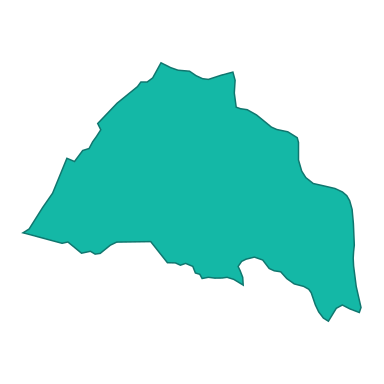 the district of Carnaúba dos Dantas, Rio Grande do Norte, Brazil
{"feature_id": "56859067B30276688890297", "entity_name": "Carnaúba dos Dantas", "entity_type": "district", "adm_level": 2, "iso_a3": "BRA", "parent_name": "Brazil", "parent_adm1": "Rio Grande do Norte", "projection": "natural_earth1", "projection_center": [-36.538, -6.554], "detail": "fine", "context": "isolated", "style": "filled", "palette": "teal", "viewbox_px": 384, "rotation_deg": 0, "n_neighbors": 0, "source": "geoboundaries", "source_scale": "gbopen_adm2", "svg_char_len": 1345}
<svg xmlns="http://www.w3.org/2000/svg" viewBox="0 0 384 384"><path d="M23.0,232.8L62.1,243.3L67.9,242.0L77.5,249.9L81.5,253.2L90.4,251.3L95.1,254.1L100.2,253.4L110.3,245.2L116.7,242.1L150.7,241.6L167.4,262.7L175.4,262.9L180.4,265.2L185.6,263.4L192.8,266.4L195.4,273.0L199.8,274.3L202.1,278.5L208.4,277.3L214.7,278.1L222.1,278.0L227.1,277.3L233.8,279.4L243.2,285.1L242.7,277.3L240.1,270.6L238.1,266.5L241.6,261.4L246.0,259.2L254.4,257.1L262.7,260.0L269.2,268.5L274.2,270.8L280.7,271.8L286.8,278.6L294.2,283.9L303.7,286.4L308.7,289.2L311.2,292.7L315.4,305.0L318.7,311.9L323.4,318.1L328.4,321.2L336.3,308.3L342.3,305.0L350.1,309.0L359.3,312.5L361.0,307.5L356.2,286.4L353.6,266.0L353.2,258.2L353.6,251.6L354.3,245.2L353.4,223.7L352.1,209.4L349.7,200.8L346.8,195.7L342.5,192.0L335.0,188.5L323.9,185.9L313.2,183.5L305.8,177.6L301.7,171.1L298.5,160.0L298.5,142.4L297.2,137.7L287.8,131.8L276.8,129.5L271.4,127.1L256.6,115.0L247.2,109.7L240.5,108.7L236.2,107.2L234.3,93.0L235.1,80.3L232.9,72.1L221.2,75.2L213.6,77.7L208.4,79.4L202.6,78.7L196.1,75.7L189.5,71.2L178.0,70.2L170.6,67.6L161.0,62.8L152.7,77.9L147.2,82.0L140.9,82.0L137.5,86.6L117.2,103.1L97.7,123.5L100.8,129.8L96.2,136.9L92.7,141.7L89.1,148.5L82.7,150.5L74.5,161.5L66.9,158.3L62.8,168.3L52.6,193.2L42.6,207.6L29.1,229.0L23.0,232.8Z" fill="#14b8a6" stroke="#0f766e" stroke-width="1.5"/></svg>